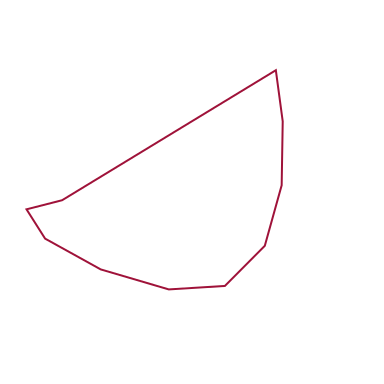 an SVG outline of Saint Barthelemy, rotated 320°
{"feature_id": "BLM", "entity_name": "Saint Barthelemy", "entity_type": "country or territory", "adm_level": 0, "iso_a3": "BLM", "parent_name": "North America", "parent_adm1": "", "projection": "orthographic", "projection_center": [-62.844, 17.899], "detail": "fine", "context": "isolated", "style": "outline", "palette": "rose", "viewbox_px": 384, "rotation_deg": 320, "n_neighbors": 0, "source": "natural_earth", "source_scale": "50m", "svg_char_len": 293}
<svg xmlns="http://www.w3.org/2000/svg" viewBox="0 0 384 384"><g transform="rotate(320 192 192)"><path d="M213.2,280.0L156.8,285.1L111.6,251.7L72.3,192.6L49.5,133.3L54.1,98.9L87.2,114.8L334.5,152.6L306.9,196.2L265.0,244.5L213.2,280.0Z" fill="none" stroke="#9f1239" stroke-width="2"/></g></svg>